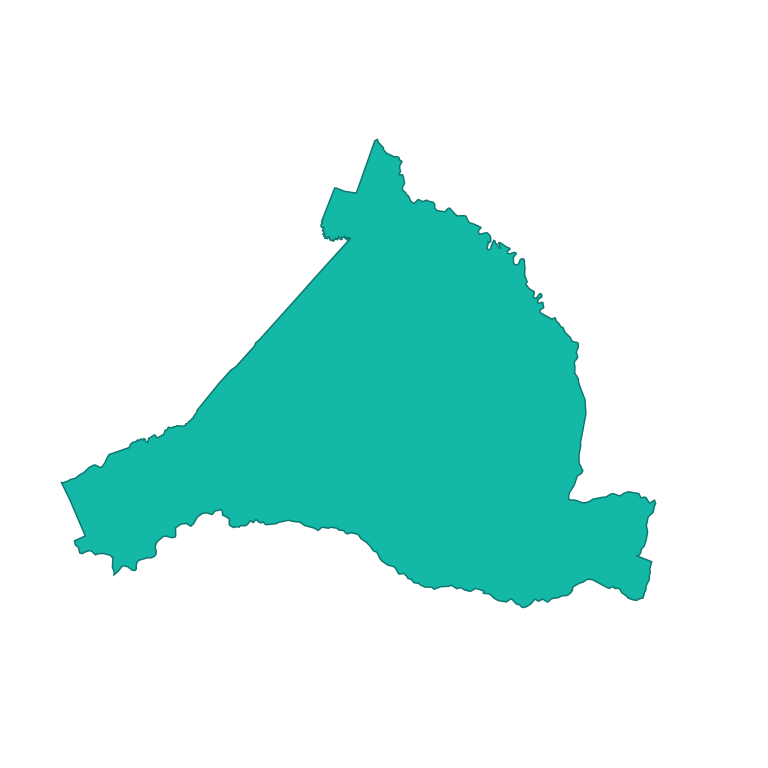 the district of La Troncal, Cañar, Ecuador, rotated 11°
{"feature_id": "8360857B94153717881636", "entity_name": "La Troncal", "entity_type": "district", "adm_level": 2, "iso_a3": "ECU", "parent_name": "Ecuador", "parent_adm1": "Cañar", "projection": "natural_earth1", "projection_center": [-79.383, -2.434], "detail": "fine", "context": "isolated", "style": "filled", "palette": "teal", "viewbox_px": 768, "rotation_deg": 11, "n_neighbors": 0, "source": "geoboundaries", "source_scale": "gbopen_adm2", "svg_char_len": 6152}
<svg xmlns="http://www.w3.org/2000/svg" viewBox="0 0 768 768"><g transform="rotate(11 384 384)"><path d="M655.0,442.9L644.2,443.2L640.1,445.8L637.5,448.5L635.7,448.8L630.1,447.9L628.0,448.5L623.2,452.8L620.3,453.4L611.0,457.2L607.8,460.4L603.5,462.4L600.8,462.7L594.0,461.5L588.3,462.4L587.4,461.7L586.6,458.8L586.9,455.0L590.1,446.8L591.3,437.4L594.7,434.3L595.7,431.2L590.6,424.3L588.9,416.3L588.9,407.7L588.1,404.1L587.9,374.9L584.3,361.0L577.2,349.8L574.5,344.8L573.6,341.6L569.2,336.9L568.1,330.6L566.8,326.9L566.9,325.0L568.3,323.0L569.0,320.6L566.6,315.9L567.7,310.8L567.0,307.6L566.2,306.5L560.7,306.3L557.6,302.5L551.7,298.7L549.1,294.5L546.8,294.2L543.7,290.9L541.2,289.5L539.3,286.4L536.9,287.9L535.2,288.0L524.0,284.2L523.3,283.2L523.4,281.3L526.2,278.6L524.4,273.8L523.6,273.6L520.8,275.2L519.7,275.0L519.1,274.0L519.4,271.3L522.2,268.5L522.0,266.7L521.3,265.7L519.6,265.6L517.0,271.0L514.9,270.9L513.7,269.5L514.2,266.7L513.8,264.7L508.5,262.9L504.0,258.9L504.0,258.1L505.1,256.6L501.2,250.0L500.0,242.1L499.1,240.0L498.2,235.6L497.5,234.9L495.9,234.6L494.1,235.7L493.3,240.1L492.2,241.5L491.4,241.9L489.1,241.6L488.1,240.6L486.8,235.2L488.9,230.9L488.7,230.3L486.8,229.9L482.7,232.2L480.9,232.5L479.9,231.1L480.6,229.0L482.0,227.6L481.5,226.8L478.2,226.2L470.9,223.0L469.8,223.4L469.5,224.3L471.9,226.7L472.3,228.5L471.3,228.6L466.8,224.5L465.2,222.1L464.5,222.1L463.6,224.4L462.8,231.0L461.4,232.2L459.7,231.8L459.1,230.9L459.5,226.7L459.0,224.7L460.7,224.9L461.6,223.3L460.8,220.1L459.5,217.9L456.7,216.0L454.9,216.2L449.3,218.8L448.2,217.9L447.6,215.7L447.9,214.0L449.1,212.9L449.2,211.7L441.9,209.9L437.2,209.4L435.7,208.2L432.4,203.6L430.0,203.6L424.0,205.0L421.2,203.6L415.2,199.0L413.6,199.2L410.8,203.4L403.3,203.6L400.5,202.0L399.4,197.9L397.6,196.2L393.3,196.1L390.8,195.4L386.7,197.8L384.6,196.7L382.2,196.5L379.2,201.0L375.5,199.7L372.4,195.1L370.1,193.8L368.2,191.6L365.8,190.5L364.7,189.1L364.7,187.0L365.9,183.1L363.3,176.5L362.1,175.0L359.2,175.8L358.8,175.3L359.7,171.9L358.3,169.6L357.8,166.9L359.2,162.1L356.5,161.0L355.7,159.2L354.5,158.4L350.3,159.0L342.4,156.9L338.8,154.1L338.4,152.2L332.6,148.1L330.8,145.2L328.6,147.0L320.4,201.9L308.7,202.4L299.4,200.8L298.2,201.1L291.7,236.5L292.8,237.1L291.8,239.6L292.2,241.2L292.8,242.0L294.4,241.6L295.3,242.2L294.5,243.2L294.3,245.3L295.8,245.4L296.0,247.4L295.5,248.5L297.3,248.3L296.7,250.4L298.8,250.9L298.2,252.2L301.0,252.0L301.1,250.2L302.3,249.9L303.2,252.4L304.4,253.3L305.5,252.6L306.9,253.5L307.7,252.5L307.5,251.5L308.8,251.1L308.7,250.3L310.6,251.2L311.4,247.8L311.9,248.0L311.8,249.7L314.6,250.3L315.1,249.9L314.4,248.0L315.7,248.2L317.0,246.7L317.7,248.2L319.1,247.6L319.3,249.1L319.9,248.8L320.1,247.2L320.5,247.2L320.6,248.9L321.7,247.2L323.2,247.7L296.7,291.5L289.4,303.9L289.7,304.4L289.0,304.7L253.4,364.1L250.2,368.1L249.6,371.5L235.4,395.2L230.9,399.8L221.6,415.4L205.6,445.4L205.6,447.5L203.2,452.5L202.9,454.5L201.7,455.1L201.3,456.6L199.5,458.1L199.3,459.9L197.3,460.7L197.1,461.9L195.3,463.7L188.9,464.4L187.3,465.8L185.9,466.0L184.4,467.5L180.5,467.6L179.9,470.2L178.0,471.1L177.7,474.5L176.7,476.4L175.5,476.6L174.8,478.0L171.7,480.0L170.7,479.9L169.4,478.0L168.1,477.9L163.3,482.5L163.2,486.5L161.2,486.0L160.2,484.1L158.8,483.3L158.2,485.0L156.5,484.3L155.4,484.6L154.5,486.3L153.1,485.8L151.0,488.2L148.5,489.2L146.5,491.8L146.6,493.0L145.7,495.2L127.9,505.5L126.8,507.6L124.9,515.0L122.7,519.5L121.2,520.1L116.0,518.6L114.4,519.1L110.5,522.2L106.2,528.3L103.0,530.9L99.2,535.3L94.3,537.6L92.8,539.2L88.2,542.0L86.2,542.3L97.6,557.4L119.8,590.2L110.1,597.0L111.9,601.1L114.5,602.2L115.9,604.0L117.6,607.9L120.2,608.1L121.9,606.4L127.1,603.5L129.4,604.2L133.3,606.7L136.3,605.0L141.0,603.9L148.5,604.4L149.8,605.9L150.9,605.8L152.3,615.5L155.2,620.3L155.4,622.8L158.7,618.7L161.7,613.0L163.0,612.0L167.3,612.3L171.8,614.6L174.9,614.7L176.1,613.2L175.3,608.4L175.9,605.6L177.1,603.8L184.9,599.7L188.8,599.0L191.5,597.0L192.6,595.0L192.6,593.7L192.2,591.2L190.9,588.9L190.4,586.5L191.4,582.0L196.8,575.5L199.7,574.9L205.4,575.3L208.1,574.1L208.5,572.8L206.8,564.9L211.7,560.1L216.8,558.6L221.5,560.5L223.7,557.5L226.1,550.4L229.7,546.4L231.1,545.4L234.4,544.3L239.7,544.9L240.6,544.5L242.2,541.0L248.0,538.6L249.0,539.0L249.8,540.4L250.7,543.6L253.2,544.0L257.2,545.7L257.9,546.2L258.3,547.8L258.7,551.2L260.0,552.4L263.7,553.6L266.4,552.2L269.0,552.2L270.1,550.4L274.6,549.7L276.7,548.1L278.6,544.1L280.2,543.9L281.5,545.0L282.3,544.8L283.7,542.0L284.8,541.7L287.4,543.4L289.8,543.8L291.4,542.4L294.7,544.7L305.2,541.6L306.3,540.2L316.2,536.0L321.5,536.2L327.6,535.6L333.1,538.1L343.0,538.8L347.2,540.3L350.6,536.3L357.0,536.2L359.0,534.8L360.2,534.7L365.2,534.6L367.7,536.0L372.2,535.5L375.5,538.0L376.8,538.0L380.1,536.2L386.4,536.5L388.0,537.1L390.7,540.1L396.4,542.5L400.7,545.3L405.3,549.7L409.3,550.6L413.4,556.2L415.7,558.1L422.1,561.0L428.4,561.4L430.6,562.7L433.9,566.9L435.6,567.7L439.0,566.3L440.3,566.6L443.1,568.4L444.7,570.4L447.8,570.5L451.6,573.4L455.8,573.0L458.8,574.6L463.1,575.5L469.8,574.3L472.4,575.9L478.3,572.2L486.3,570.2L488.2,568.6L494.4,571.0L498.4,569.1L502.2,570.8L508.4,571.1L513.1,567.1L521.2,568.1L521.5,570.5L526.9,569.9L528.5,570.4L533.4,573.5L537.6,574.8L545.8,574.5L549.4,570.8L550.5,570.7L555.7,574.7L559.3,574.9L561.8,576.7L563.3,576.9L566.1,575.6L570.0,572.0L573.1,566.6L574.0,566.5L576.9,567.8L581.0,564.9L585.6,566.8L586.8,566.5L589.3,562.8L596.4,560.2L599.0,557.9L603.1,557.0L604.9,556.0L607.4,552.9L608.4,550.4L607.9,548.2L608.5,546.8L614.2,541.9L617.0,540.7L621.0,536.8L625.9,536.3L642.9,541.5L644.1,541.5L647.3,539.4L648.1,539.4L649.7,540.7L652.8,539.8L654.7,540.4L657.4,543.7L662.3,545.7L664.0,547.3L668.7,548.3L673.2,548.2L675.8,546.1L679.2,544.6L679.5,538.6L680.4,536.2L679.8,532.3L681.8,525.1L681.1,522.4L681.2,517.8L680.2,515.2L680.7,507.4L665.3,504.5L667.1,503.1L668.1,501.2L668.3,496.6L670.4,493.3L671.1,487.5L671.1,479.3L668.3,472.1L668.7,470.7L668.6,465.0L668.8,463.9L672.6,458.7L672.8,451.7L673.5,449.6L672.9,449.3L672.3,447.1L671.5,446.5L667.9,450.0L667.0,450.0L662.8,445.5L660.9,445.4L658.7,446.5L657.7,446.4L655.0,442.9Z" fill="#14b8a6" stroke="#0f766e" stroke-width="1.5"/></g></svg>